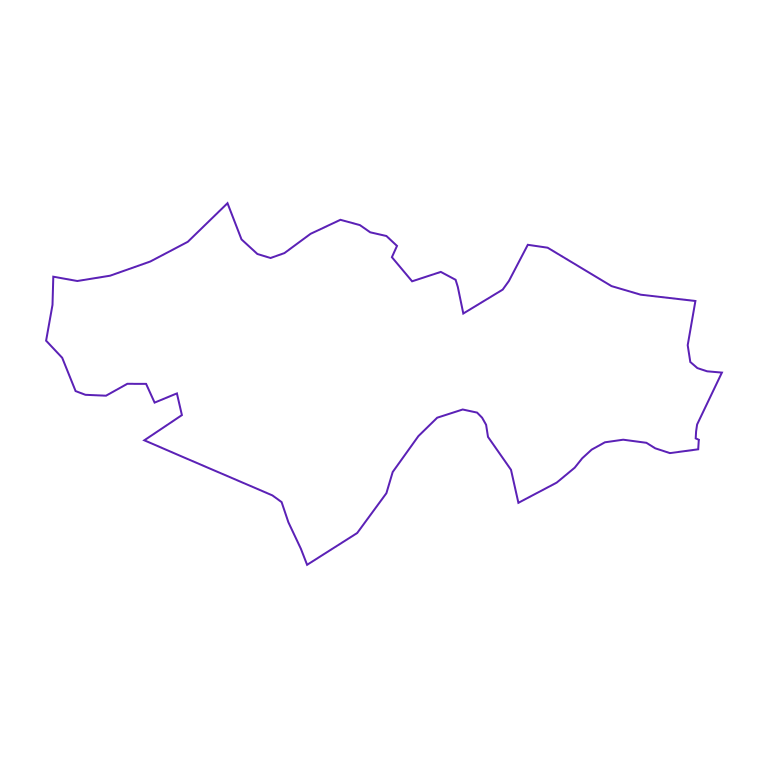 SVG path tracing the border of Krustpils
{"feature_id": "LVA-5726", "entity_name": "Krustpils", "entity_type": "Municipality", "adm_level": 1, "iso_a3": "LVA", "parent_name": "Latvia", "parent_adm1": "", "projection": "albers", "projection_center": [26.222, 56.536], "detail": "fine", "context": "isolated", "style": "outline", "palette": "violet", "viewbox_px": 768, "rotation_deg": 0, "n_neighbors": 0, "source": "natural_earth", "source_scale": "10m", "svg_char_len": 1080}
<svg xmlns="http://www.w3.org/2000/svg" viewBox="0 0 768 768"><path d="M518.4,502.8L511.0,469.8L488.0,436.9L486.1,424.8L482.1,417.7L477.1,412.6L462.7,409.5L437.2,417.7L418.4,436.1L392.7,472.0L386.4,493.2L357.2,533.0L307.1,564.8L300.9,548.8L288.4,522.3L281.6,502.1L272.4,495.4L182.0,456.6L144.3,440.3L181.9,415.1L176.9,393.4L154.6,402.6L146.1,383.9L127.3,383.8L106.0,395.7L85.4,394.8L75.6,391.1L62.2,357.8L46.1,340.7L52.5,304.9L53.3,276.7L77.3,281.0L110.1,275.7L150.3,261.5L187.8,241.8L227.5,203.2L241.5,239.4L257.4,254.0L270.5,258.0L284.4,253.1L310.6,233.8L340.4,219.8L359.9,225.1L370.2,232.3L386.4,236.0L397.0,245.9L391.9,257.2L412.1,281.3L440.8,271.9L455.6,279.8L457.8,286.9L463.3,313.5L502.7,289.6L508.9,281.0L527.8,244.8L547.6,247.7L611.5,286.1L640.7,294.7L695.4,301.0L687.7,345.2L690.3,362.0L697.4,368.1L707.1,371.3L721.9,372.6L697.1,424.5L696.1,431.4L695.7,438.4L698.9,439.8L698.7,441.3L698.2,449.3L669.9,453.1L655.2,448.3L646.4,442.8L623.2,439.7L604.9,442.3L591.7,449.6L582.2,458.3L574.7,467.7L556.7,482.6L518.4,502.8Z" fill="none" stroke="#5b21b6" stroke-width="2"/></svg>